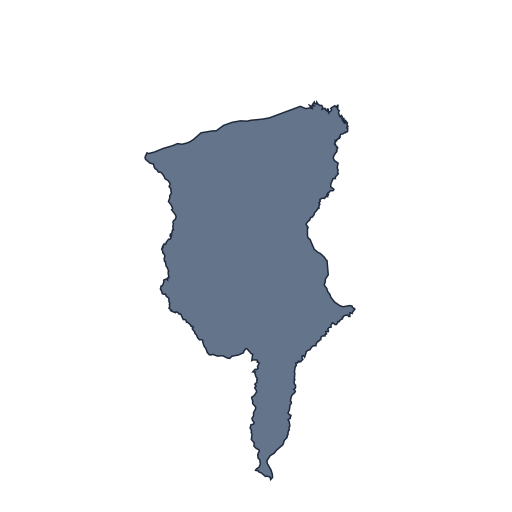 Mazagão, Amapá, Brazil, rotated 218°
{"feature_id": "56859067B25777326370165", "entity_name": "Mazagão", "entity_type": "district", "adm_level": 2, "iso_a3": "BRA", "parent_name": "Brazil", "parent_adm1": "Amapá", "projection": "albers", "projection_center": [-52.07, -0.043], "detail": "fine", "context": "isolated", "style": "filled", "palette": "slate", "viewbox_px": 512, "rotation_deg": 218, "n_neighbors": 0, "source": "geoboundaries", "source_scale": "gbopen_adm2", "svg_char_len": 6142}
<svg xmlns="http://www.w3.org/2000/svg" viewBox="0 0 512 512"><g transform="rotate(218 256 256)"><path d="M405.4,270.2L404.6,266.5L403.9,265.1L402.6,264.2L396.8,263.9L393.4,265.3L390.9,263.3L389.2,262.7L386.9,262.9L384.8,262.0L382.0,263.5L377.8,262.3L375.3,260.9L371.9,261.3L368.6,260.3L367.7,259.5L367.4,257.5L366.7,257.0L364.5,256.6L363.3,255.0L361.5,253.7L361.1,250.4L359.6,248.4L358.5,245.0L354.8,244.2L351.1,242.3L350.7,241.7L351.0,240.5L345.0,238.9L343.1,237.8L342.2,235.4L342.7,232.8L342.2,231.4L340.9,230.5L339.5,227.7L337.2,225.9L337.9,225.2L336.3,222.1L336.9,220.6L336.7,219.8L335.8,218.8L335.2,220.1L334.2,217.7L334.0,216.4L335.2,215.5L335.2,211.4L334.4,210.2L335.2,208.7L335.9,208.9L335.4,205.6L334.5,205.7L334.3,205.2L334.8,204.2L334.6,203.4L332.3,202.2L331.4,201.0L330.8,201.2L328.5,200.4L327.4,199.3L327.0,197.6L325.2,195.9L324.7,195.4L324.0,195.8L320.6,192.7L318.9,192.3L315.5,190.3L315.5,189.5L314.2,187.9L311.8,186.0L311.5,184.8L312.1,184.6L312.1,183.7L311.1,182.7L312.0,182.8L313.0,182.0L313.9,180.1L312.8,179.1L311.8,176.4L311.6,174.4L312.3,173.9L310.9,171.0L308.7,170.2L306.7,168.6L305.3,169.0L303.9,170.2L301.7,169.0L298.8,169.1L296.2,166.2L295.0,165.9L294.3,164.3L293.0,163.3L292.5,161.3L291.0,161.3L290.2,160.7L289.3,161.1L289.3,160.5L287.9,160.7L284.5,161.8L284.7,162.5L283.2,163.4L280.7,162.9L280.3,163.7L279.3,163.8L274.2,161.1L272.8,162.2L271.7,162.3L270.0,161.0L269.6,161.6L265.6,161.5L263.9,160.6L263.3,160.7L263.3,161.3L261.5,161.2L261.4,159.4L257.6,158.4L256.5,157.4L254.4,157.2L251.6,155.6L249.0,155.1L247.4,156.5L246.1,156.8L245.1,155.5L241.4,153.0L238.3,152.1L235.1,150.0L231.9,149.4L230.3,150.5L229.7,151.8L224.7,153.4L221.1,156.8L215.6,158.0L213.6,159.2L213.3,162.2L209.1,166.9L206.3,172.0L207.0,173.7L206.9,177.0L205.8,177.3L199.4,176.1L198.8,176.5L198.0,176.3L195.0,171.0L194.4,172.3L191.4,174.5L190.7,174.5L189.5,173.1L188.9,173.7L187.5,173.5L186.8,169.8L185.2,168.6L185.7,166.9L186.9,166.2L187.2,162.7L185.1,164.1L184.7,162.9L181.6,160.8L179.4,160.2L179.2,159.0L177.6,157.2L178.0,154.2L175.9,153.6L175.9,151.3L172.9,150.3L171.8,149.0L171.5,144.7L172.4,142.4L172.2,141.6L169.6,139.9L167.7,137.6L163.3,136.8L162.2,135.3L161.5,131.0L159.5,128.6L159.3,125.6L157.6,124.3L155.0,123.6L154.4,122.0L156.1,120.0L154.8,116.9L152.0,115.7L151.3,114.1L149.3,113.0L146.7,108.5L142.4,107.7L140.6,104.9L137.3,104.5L134.4,105.1L133.5,104.7L132.4,100.6L129.9,98.0L127.7,97.8L124.5,94.8L123.6,91.6L124.6,88.2L124.4,86.8L121.8,88.1L121.0,87.6L118.0,88.4L112.8,88.1L111.9,89.3L108.8,90.4L106.8,88.8L106.6,91.7L108.7,94.0L112.2,96.5L119.4,99.5L121.4,101.5L121.9,107.4L120.2,112.0L120.3,115.5L118.6,124.0L120.2,128.3L119.8,131.8L120.1,132.8L120.7,133.1L120.9,135.3L121.6,135.7L122.8,138.3L122.7,139.4L124.3,141.0L124.6,142.9L127.9,145.9L130.0,146.8L129.0,149.2L130.1,150.9L130.0,151.5L130.4,152.0L131.9,151.5L134.2,152.0L134.8,155.0L136.5,158.0L137.3,158.7L137.5,161.7L138.4,162.8L139.7,163.0L141.7,167.1L142.0,168.7L141.4,172.1L141.6,173.5L143.1,174.2L144.1,174.1L143.7,176.4L145.2,178.5L146.6,178.6L148.7,180.3L149.3,182.5L149.8,182.4L153.3,187.6L154.1,187.9L156.7,192.4L156.9,194.7L158.5,195.8L158.6,196.5L157.4,197.3L157.9,199.1L157.4,199.5L156.8,199.1L156.4,199.3L155.6,200.5L155.8,201.7L155.3,203.2L158.0,204.9L157.9,206.3L157.2,206.6L155.4,206.2L157.5,211.8L157.0,213.6L155.7,215.5L156.1,218.2L155.5,220.7L153.5,222.1L154.5,223.8L154.9,226.5L154.1,227.2L154.1,229.1L153.4,229.8L154.7,231.8L154.6,233.6L152.4,235.6L153.1,236.3L152.5,238.0L153.2,238.1L154.5,239.4L152.5,240.8L152.7,241.6L154.1,242.4L154.6,243.3L154.4,244.6L153.0,246.3L154.3,247.4L154.6,249.9L154.5,250.6L151.4,250.7L150.5,251.5L150.6,253.9L151.2,254.7L150.0,255.6L150.3,257.2L149.2,259.8L150.2,260.7L149.7,261.2L149.9,262.5L149.1,264.3L147.2,266.0L145.8,265.4L144.8,266.1L147.0,269.0L144.8,270.0L145.4,271.3L145.3,274.9L146.1,275.3L146.6,274.8L148.6,275.0L149.5,275.7L151.6,274.7L156.0,269.7L159.2,268.5L165.7,268.1L171.4,269.5L174.3,271.3L177.4,272.0L180.3,274.0L184.0,275.0L184.7,275.6L185.2,277.7L187.1,280.5L187.5,285.7L197.3,296.2L198.4,296.0L201.2,297.1L206.6,297.6L209.5,297.0L214.2,297.1L223.7,302.4L225.6,302.2L227.9,303.6L232.2,309.1L232.2,309.8L233.2,310.3L232.9,310.7L236.2,311.9L236.4,314.8L235.8,317.2L236.6,320.0L235.6,321.3L235.7,324.6L236.5,325.9L236.2,330.9L236.6,331.2L236.4,332.5L235.9,332.7L237.3,334.0L237.4,335.9L238.2,336.5L239.1,336.4L239.1,338.9L240.3,339.3L240.4,340.0L239.4,342.3L237.4,343.6L237.5,345.7L236.1,346.9L237.7,347.9L236.6,348.6L236.8,349.3L238.1,349.2L238.1,350.1L237.5,351.5L237.7,353.1L235.5,354.9L235.4,355.7L235.6,356.4L236.3,356.6L239.7,356.5L241.4,358.9L242.9,364.4L241.1,365.9L242.1,367.1L241.8,371.6L243.3,372.2L244.2,374.3L245.6,374.9L247.0,376.5L248.4,379.7L252.9,379.5L255.1,380.5L256.1,381.8L256.8,386.3L256.5,387.1L256.8,388.6L258.0,389.3L257.8,390.7L258.4,391.7L259.5,392.0L259.7,391.4L262.2,392.9L262.8,392.4L263.4,393.1L263.4,394.5L264.7,395.7L263.4,396.3L264.1,397.2L263.3,398.3L263.5,399.3L262.7,400.0L262.9,401.5L263.6,401.2L264.1,404.1L262.4,406.3L262.2,407.8L261.4,408.1L261.4,409.3L260.7,409.7L260.6,410.6L262.3,413.1L263.4,412.8L263.8,414.1L263.3,414.6L265.4,415.8L265.9,417.2L267.3,417.4L267.4,415.6L268.3,415.1L268.8,416.0L268.4,417.6L268.9,418.0L269.8,417.4L270.1,415.8L271.5,416.3L271.0,418.1L271.5,418.5L272.1,418.2L272.3,417.2L272.9,417.1L274.0,419.0L275.3,419.3L275.3,417.4L276.0,417.5L279.4,419.9L279.9,421.8L281.4,421.7L282.2,422.2L284.1,425.2L284.6,424.8L284.0,422.7L286.4,423.0L287.9,419.1L287.9,418.2L286.9,418.2L286.3,417.5L286.2,416.5L286.8,415.1L286.5,413.5L288.0,414.2L288.9,415.9L289.6,416.2L290.2,415.8L289.4,414.1L290.9,414.1L292.5,414.9L294.3,412.3L294.8,414.2L296.9,415.1L298.7,413.9L301.0,413.9L302.9,414.6L302.0,413.0L303.3,412.2L304.9,413.2L304.7,410.0L302.7,410.0L304.6,408.2L306.5,407.7L304.1,406.9L302.7,407.4L302.3,406.9L304.5,406.1L307.5,402.8L313.2,401.2L330.5,373.1L335.1,367.9L343.8,359.6L346.0,356.8L351.5,352.9L357.1,346.6L362.0,338.9L364.4,330.2L367.5,327.6L375.1,319.3L377.0,309.3L378.4,305.3L380.0,302.5L383.1,298.5L387.1,296.2L389.6,291.6L395.3,283.7L400.1,275.3L403.8,270.5L405.4,270.2Z" fill="#64748b" stroke="#1e293b" stroke-width="1.5"/></g></svg>